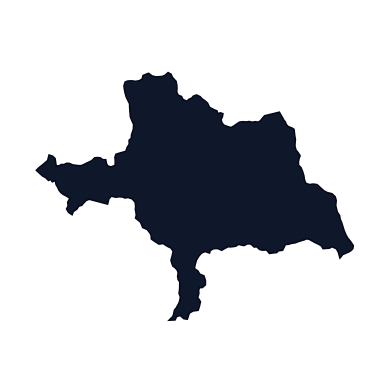 the district of Piraju, São Paulo, Brazil, rotated 350°
{"feature_id": "56859067B99477095521428", "entity_name": "Piraju", "entity_type": "district", "adm_level": 2, "iso_a3": "BRA", "parent_name": "Brazil", "parent_adm1": "São Paulo", "projection": "mercator", "projection_center": [-49.387, -23.195], "detail": "fine", "context": "isolated", "style": "filled", "palette": "ink", "viewbox_px": 384, "rotation_deg": 350, "n_neighbors": 0, "source": "geoboundaries", "source_scale": "gbopen_adm2", "svg_char_len": 3821}
<svg xmlns="http://www.w3.org/2000/svg" viewBox="0 0 384 384"><g transform="rotate(350 192 192)"><path d="M63.0,135.2L61.0,132.5L57.6,130.7L55.3,135.9L49.7,139.2L45.7,141.3L42.4,143.6L45.4,147.5L47.7,150.4L50.5,152.6L52.6,155.7L54.9,155.2L56.2,157.8L59.3,157.0L59.4,161.1L60.5,164.0L61.4,167.4L62.9,170.0L64.6,171.9L67.1,173.8L70.6,176.9L67.7,180.6L67.6,184.1L65.5,186.9L66.9,190.7L70.0,193.6L71.7,190.7L75.6,188.9L78.1,186.3L81.1,186.0L83.1,184.3L86.1,182.1L89.4,181.3L106.8,189.3L109.0,184.3L111.8,182.1L116.1,184.0L118.9,184.0L122.9,184.9L124.8,186.3L128.0,186.3L131.9,188.4L134.2,192.2L134.0,196.3L133.2,199.2L133.2,202.1L133.1,205.1L131.8,207.9L135.9,212.6L136.8,216.0L137.2,218.4L141.3,221.1L142.7,223.6L144.2,227.0L143.8,231.3L146.3,233.8L150.4,237.6L154.7,237.8L156.7,239.8L158.9,241.7L161.5,243.5L163.1,247.0L162.1,249.6L161.1,252.0L159.4,255.5L159.7,258.5L160.2,261.5L162.6,264.2L164.0,266.7L164.3,269.3L163.2,272.4L163.1,275.7L164.3,278.4L163.8,280.9L163.4,283.3L162.8,285.9L161.6,289.5L162.3,293.4L161.1,296.7L159.7,299.3L157.9,301.5L156.1,303.7L154.2,305.2L153.0,308.3L151.6,311.2L149.2,312.8L147.1,314.3L153.1,315.1L155.3,312.0L158.9,311.6L162.0,315.4L165.3,316.5L168.4,310.8L172.4,309.4L177.5,309.6L179.3,306.3L181.3,301.6L180.4,299.2L179.2,297.1L181.1,293.3L181.5,290.0L182.7,287.6L185.7,287.9L189.1,285.8L189.9,281.5L189.2,276.6L185.3,274.1L184.2,270.9L181.1,267.8L182.8,263.4L184.7,259.7L187.9,256.1L189.9,254.5L192.0,253.4L194.7,253.0L198.7,255.2L199.8,252.9L202.8,251.7L205.2,251.8L207.6,252.2L211.1,254.6L214.8,253.2L218.1,252.2L220.5,252.8L223.3,253.0L225.7,253.0L228.8,251.7L231.7,253.0L233.9,253.8L237.7,252.7L240.9,253.5L243.7,257.1L246.1,257.1L248.6,260.4L251.3,261.6L255.2,262.0L257.6,266.0L262.5,266.2L264.9,266.4L266.9,264.9L271.1,265.2L273.0,262.6L274.9,260.0L278.1,260.3L280.8,259.9L284.7,260.0L289.2,259.2L294.4,258.6L296.9,258.1L299.1,258.9L304.5,263.3L307.8,265.6L310.0,267.5L311.2,270.6L317.6,271.2L320.6,270.3L324.4,273.1L325.6,276.8L326.2,282.8L329.6,279.8L336.3,278.2L338.6,277.2L340.6,275.7L341.6,272.8L339.3,267.7L337.4,264.4L336.1,260.7L335.1,256.2L334.6,252.1L334.0,247.5L333.2,244.6L333.3,240.8L331.6,236.9L331.2,230.4L332.6,225.3L332.2,221.5L329.6,218.0L325.1,216.0L322.4,214.0L320.1,211.1L316.5,206.4L312.8,205.2L308.8,205.0L305.5,203.0L304.9,199.4L305.0,195.1L304.5,191.0L303.6,186.9L301.6,184.1L302.1,180.6L303.2,177.8L304.8,175.0L303.4,171.7L301.7,168.6L301.4,164.6L302.1,161.4L303.0,158.3L303.0,154.6L303.2,151.4L303.4,148.0L301.7,146.4L298.1,144.2L296.6,141.8L296.1,139.2L294.9,137.0L293.9,133.9L291.9,128.5L276.7,129.5L274.2,131.5L271.8,133.7L269.3,134.7L266.5,133.7L263.4,133.7L260.7,132.5L257.7,132.4L254.0,131.5L250.9,131.4L248.1,132.6L245.0,134.1L241.7,135.3L238.1,133.5L234.8,131.5L233.4,128.5L233.3,125.7L235.1,123.1L236.1,120.2L233.6,118.9L231.0,119.3L230.7,116.4L228.0,114.8L224.0,111.6L222.7,107.0L220.6,104.4L218.1,101.9L216.6,99.5L213.4,97.2L209.9,97.8L208.1,99.4L205.1,100.1L202.6,101.7L199.2,99.2L198.3,96.1L195.3,94.3L194.3,91.0L195.2,87.5L195.6,84.7L195.6,80.3L194.1,78.0L192.6,75.5L191.9,72.4L189.2,70.2L185.6,72.4L182.8,73.0L176.7,72.4L173.0,70.8L169.8,67.5L164.0,68.7L162.5,72.1L159.3,73.2L155.7,73.2L151.9,72.0L147.9,71.5L145.2,72.1L143.4,75.6L143.2,78.5L143.3,83.3L143.8,87.6L145.8,94.2L145.2,98.3L144.9,101.1L144.3,107.4L145.1,111.0L146.2,115.3L145.1,120.1L142.3,125.2L141.5,128.6L139.0,130.0L138.4,134.1L135.8,136.9L133.9,140.4L130.2,140.8L127.2,141.1L123.6,141.6L122.0,144.6L121.9,147.2L121.4,149.8L120.9,152.4L116.6,153.2L113.6,151.7L112.7,149.2L112.7,145.2L109.6,144.6L107.7,142.4L104.8,141.6L102.1,141.4L98.8,143.7L95.7,144.6L93.3,145.2L90.8,146.0L87.5,146.8L84.3,146.2L81.3,145.2L78.9,144.4L76.6,142.7L73.6,141.9L70.6,142.7L68.1,142.2L65.6,143.1L62.8,142.6L62.9,139.2L63.0,135.2Z" fill="#0f172a" stroke="#020617" stroke-width="1.5"/></g></svg>